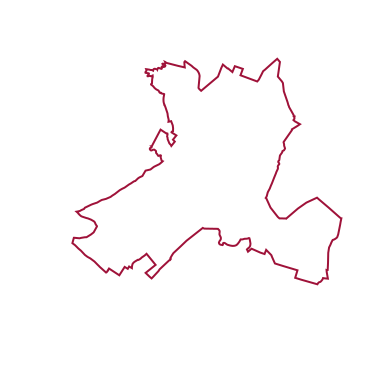 Cauas, Satu Mare, Romania (Albers equal-area conic projection), rotated 249°
{"feature_id": "2599482B72744366399171", "entity_name": "Cauas", "entity_type": "district", "adm_level": 2, "iso_a3": "ROU", "parent_name": "Romania", "parent_adm1": "Satu Mare", "projection": "albers", "projection_center": [22.564, 47.598], "detail": "fine", "context": "isolated", "style": "outline", "palette": "rose", "viewbox_px": 384, "rotation_deg": 249, "n_neighbors": 0, "source": "geoboundaries", "source_scale": "gbopen_adm2", "svg_char_len": 5992}
<svg xmlns="http://www.w3.org/2000/svg" viewBox="0 0 384 384"><g transform="rotate(249 192 192)"><path d="M216.6,317.1L221.2,313.3L222.8,312.5L223.7,313.9L224.7,314.1L225.5,314.8L225.8,314.9L226.1,314.2L226.3,314.0L227.2,314.4L227.6,314.4L236.4,313.1L237.8,313.2L238.5,313.1L241.5,313.4L253.0,313.8L261.1,315.9L262.9,315.6L269.0,313.5L281.9,320.7L285.8,319.3L283.4,312.7L280.0,303.9L279.3,301.7L276.8,299.0L273.0,294.7L272.8,294.4L271.8,292.5L283.6,279.1L288.7,283.6L294.1,277.1L289.5,272.7L294.5,269.9L294.6,269.7L294.6,269.4L299.9,266.5L297.3,263.8L290.4,257.6L283.2,236.8L285.2,235.8L286.5,235.4L286.9,235.4L297.6,240.7L299.4,241.0L300.9,241.0L302.8,240.7L304.3,240.2L307.8,237.9L310.0,236.8L316.6,232.4L316.0,231.4L312.2,230.2L310.9,229.9L314.8,224.1L321.7,214.4L322.3,213.9L322.8,213.8L323.0,213.6L322.1,213.7L321.8,213.4L321.7,213.1L321.8,212.5L321.7,211.4L322.3,210.8L322.3,210.6L322.2,210.3L321.6,210.5L320.9,211.0L320.4,212.1L320.2,212.4L319.9,212.5L319.6,212.5L318.9,211.9L318.8,211.7L318.8,211.3L318.8,210.8L318.9,210.3L319.0,210.0L319.9,209.2L319.5,208.4L319.2,208.3L318.3,208.2L318.0,208.0L317.9,207.7L318.0,207.4L319.8,205.4L319.8,205.1L319.8,204.5L318.9,203.7L319.1,203.7L319.1,203.1L319.3,202.8L319.9,202.2L320.2,201.7L320.5,201.0L320.5,200.6L320.3,200.0L319.2,199.2L320.3,198.2L320.8,197.0L321.6,195.9L322.2,194.8L322.7,194.0L323.1,193.2L322.2,193.2L321.7,193.0L321.4,192.7L320.9,191.8L320.4,191.4L320.0,191.3L319.8,191.5L318.4,194.0L318.2,194.2L317.8,194.2L317.5,193.9L316.7,192.5L316.3,192.0L316.0,192.0L315.8,192.4L315.7,193.2L315.6,193.8L315.5,194.1L315.2,194.7L314.5,195.5L314.4,195.7L314.5,196.0L314.8,196.4L314.9,196.7L314.9,197.0L313.6,196.6L311.7,195.3L307.9,193.6L307.7,193.5L307.4,192.6L307.3,192.4L307.0,192.3L305.5,193.2L304.7,193.6L303.6,194.0L303.1,194.1L301.6,194.8L300.5,195.5L298.8,197.0L297.7,197.3L296.8,197.3L295.9,198.4L295.6,198.1L294.6,199.3L293.5,201.0L293.3,201.1L290.1,199.2L288.3,198.4L286.4,197.8L285.2,197.6L283.3,197.4L283.3,197.6L280.5,197.6L274.2,197.3L271.4,196.6L267.7,196.1L266.0,195.2L265.6,197.9L261.1,197.9L258.3,197.2L255.6,196.1L255.5,194.3L255.5,194.0L255.6,193.8L250.4,197.7L247.7,193.0L245.2,194.0L242.4,189.2L243.5,189.1L245.5,188.3L250.1,188.2L251.2,188.6L252.9,188.7L254.5,189.8L255.4,190.0L255.8,189.5L255.6,189.2L261.5,185.0L250.5,172.4L249.2,171.0L249.3,170.5L249.1,170.6L248.5,170.5L248.1,170.1L248.0,169.6L248.0,168.7L247.9,168.4L247.4,168.1L247.1,168.0L246.5,168.1L246.1,168.2L245.4,168.7L245.3,169.5L245.4,170.8L245.3,171.2L245.1,171.9L244.4,172.4L243.7,172.8L243.3,173.0L242.9,173.0L242.1,172.7L241.2,172.5L239.9,173.0L237.9,173.4L237.7,173.7L237.7,175.4L237.6,175.7L237.3,176.0L236.9,176.0L236.0,175.2L232.2,174.9L231.9,175.0L231.2,175.7L230.8,174.8L229.7,171.5L229.2,165.8L229.0,164.9L227.9,161.3L228.6,156.3L224.7,151.4L224.5,148.6L224.3,147.3L224.0,146.3L222.6,143.0L222.7,142.5L222.7,141.4L221.9,138.0L221.6,135.9L220.3,130.9L220.1,129.3L220.1,128.5L219.6,125.2L217.8,119.3L217.2,116.3L216.6,114.2L216.5,111.6L216.4,109.2L216.6,107.5L216.9,105.0L216.7,103.2L216.1,99.7L216.3,95.2L216.3,93.5L215.7,86.3L214.9,85.2L214.8,83.1L214.7,81.8L214.6,81.5L214.5,80.6L214.7,78.7L215.0,77.2L212.8,78.3L212.6,78.2L210.9,78.9L209.2,79.8L208.4,80.6L205.6,84.0L204.7,85.3L202.4,87.8L199.8,89.9L198.6,90.4L196.3,90.5L194.1,91.0L193.9,90.9L193.4,90.3L189.6,85.8L189.4,85.3L188.5,82.3L187.6,77.4L187.7,76.9L188.1,76.0L188.9,72.1L189.1,70.4L191.5,65.6L191.6,65.3L187.1,62.0L184.2,63.8L179.9,65.7L177.0,67.3L171.6,69.5L168.9,71.2L166.4,73.3L162.1,76.0L157.3,78.1L155.8,78.8L155.4,78.9L152.7,80.3L147.6,82.9L147.6,83.0L147.6,83.4L148.7,85.3L148.9,85.2L150.3,87.1L140.3,94.3L146.2,102.3L143.3,104.5L145.0,106.6L142.5,108.6L143.5,109.0L145.0,109.9L146.2,110.8L147.0,112.1L147.5,113.7L148.1,117.0L147.9,117.2L147.8,117.6L148.0,119.2L148.4,120.6L148.8,121.4L149.7,125.1L150.6,127.4L137.0,131.9L133.1,119.7L128.0,122.1L125.8,123.3L126.8,125.5L130.2,132.4L131.4,134.0L136.2,145.8L136.6,147.0L136.4,147.2L137.1,148.2L137.9,148.0L140.0,150.5L141.6,152.7L145.4,162.1L148.5,169.5L154.5,188.9L154.6,189.2L153.7,190.0L153.4,190.4L148.3,203.0L146.6,203.7L145.8,203.8L145.0,203.6L142.8,202.5L141.8,202.4L139.8,202.6L138.7,202.5L137.4,201.8L136.7,200.8L136.1,199.9L135.1,199.0L134.5,198.9L133.9,198.9L133.6,199.0L132.8,199.5L132.5,199.9L131.5,201.5L131.6,201.8L132.2,202.2L133.1,202.8L133.1,203.5L133.0,203.8L132.6,204.3L130.1,206.1L128.6,208.1L128.2,208.7L127.2,210.4L126.9,211.2L126.5,212.7L126.5,214.5L127.3,216.3L128.7,218.5L130.3,220.4L130.2,220.7L129.8,221.6L129.6,222.5L129.5,224.2L128.8,226.3L128.6,227.3L128.6,228.3L128.6,228.6L128.3,229.0L126.9,228.9L122.9,228.1L121.7,227.5L120.8,226.9L119.8,225.7L119.6,225.3L119.3,224.1L118.7,222.7L116.2,222.9L117.7,227.3L110.9,234.1L108.1,237.5L111.4,240.5L104.7,243.4L104.2,243.5L103.6,243.4L95.6,243.8L95.4,244.0L94.3,245.4L90.2,250.6L81.1,262.4L74.9,257.6L71.1,262.4L60.9,276.0L61.7,277.0L62.2,278.2L62.1,279.5L62.2,279.9L62.4,280.5L63.5,282.4L64.1,283.0L64.7,283.5L63.8,285.0L62.4,287.8L69.1,289.1L70.8,289.6L70.6,289.8L70.5,290.0L70.5,290.7L77.1,293.6L86.4,297.4L91.1,300.1L93.1,302.3L94.9,304.0L96.7,306.0L96.8,306.3L96.7,307.2L96.9,308.9L97.4,310.7L98.0,311.6L99.0,312.4L99.9,313.2L108.4,318.6L110.6,319.9L113.9,322.0L114.1,321.6L114.3,321.4L116.5,320.2L128.4,314.0L139.9,307.7L141.9,306.7L141.1,295.0L138.6,285.0L133.4,270.4L133.6,270.3L136.0,264.2L137.9,263.2L139.5,262.7L149.3,259.7L159.3,259.1L160.0,258.7L161.0,260.0L161.6,260.5L164.4,262.5L164.9,263.0L167.3,265.8L169.6,267.9L171.3,269.6L175.8,273.7L179.2,276.9L180.4,277.9L182.9,280.5L184.1,281.0L184.9,281.1L185.6,281.6L186.1,282.2L186.6,283.3L187.1,283.6L187.8,283.6L188.7,283.3L189.2,283.3L189.9,283.8L190.2,284.6L190.8,285.1L192.1,285.8L194.4,287.1L194.7,287.4L196.6,290.3L197.0,290.6L197.7,291.0L197.8,291.3L197.9,292.4L198.0,292.9L199.2,294.4L199.6,294.5L202.2,294.6L203.3,295.0L204.5,295.2L205.6,295.3L205.8,295.4L213.7,307.1L214.0,307.5L214.7,307.7L215.9,314.1L216.6,317.1Z" fill="none" stroke="#9f1239" stroke-width="2"/></g></svg>